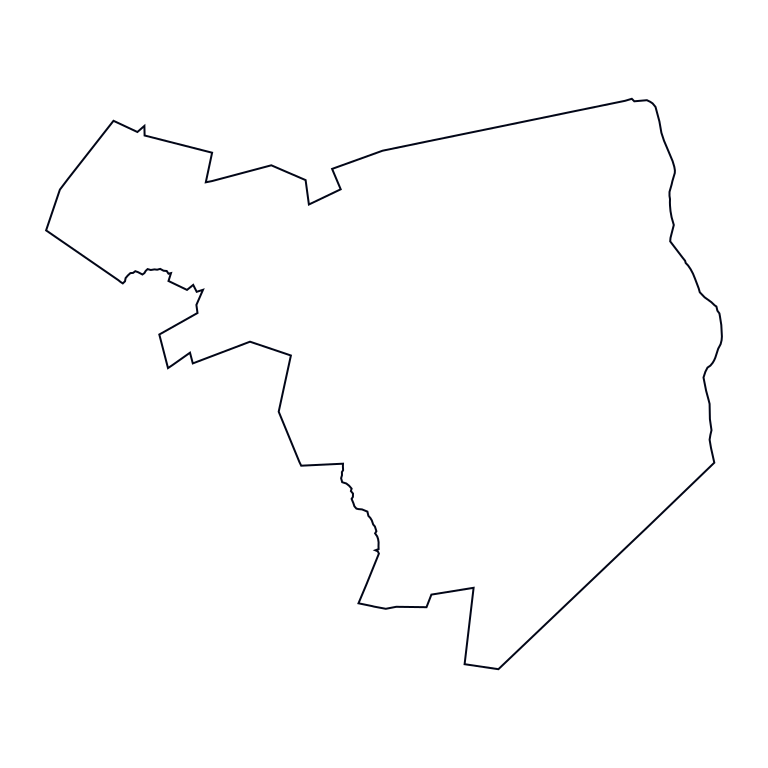 Pimenteiras, Piauí, Brazil
{"feature_id": "56859067B57071973654521", "entity_name": "Pimenteiras", "entity_type": "district", "adm_level": 2, "iso_a3": "BRA", "parent_name": "Brazil", "parent_adm1": "Piauí", "projection": "robinson", "projection_center": [-41.189, -6.401], "detail": "fine", "context": "isolated", "style": "outline", "palette": "ink", "viewbox_px": 768, "rotation_deg": 0, "n_neighbors": 0, "source": "geoboundaries", "source_scale": "gbopen_adm2", "svg_char_len": 2271}
<svg xmlns="http://www.w3.org/2000/svg" viewBox="0 0 768 768"><path d="M118.4,280.2L120.6,282.0L122.8,283.4L125.0,281.3L125.6,278.1L127.8,275.5L130.4,273.1L133.1,272.9L135.3,271.2L137.9,272.1L139.8,273.1L142.4,274.5L144.4,273.1L145.7,270.9L147.6,269.1L150.8,270.0L154.4,269.4L157.2,269.7L160.2,268.9L163.5,270.7L166.7,271.0L168.5,273.7L171.0,273.1L168.5,281.0L187.0,289.9L193.2,284.9L196.7,291.8L203.0,289.8L196.4,304.9L197.5,313.0L159.3,334.5L168.0,368.1L172.6,365.0L190.0,352.7L192.8,363.4L250.0,341.7L287.7,354.4L290.9,355.5L283.7,388.6L281.0,401.1L278.7,411.7L299.4,462.0L301.2,465.7L343.0,463.7L342.9,466.3L343.1,470.2L341.9,472.1L342.0,475.2L341.1,478.2L342.2,482.2L346.3,483.5L349.1,485.7L351.6,488.6L350.9,491.1L353.0,493.6L352.9,496.9L351.6,498.9L353.4,503.2L354.4,506.3L356.4,508.6L358.5,509.1L362.0,509.4L367.4,511.6L368.4,515.9L370.3,517.9L371.8,520.4L373.2,524.5L374.9,526.5L376.4,531.2L375.1,533.4L377.2,536.4L378.1,539.1L378.6,542.3L378.5,546.2L378.6,549.1L375.4,550.3L377.8,551.3L378.9,553.6L366.4,584.5L358.5,603.3L372.1,606.1L374.0,606.6L385.8,608.8L396.2,606.8L426.5,607.2L431.4,594.6L473.6,587.8L464.6,664.2L498.4,669.2L568.9,602.0L634.6,539.4L646.8,527.8L714.3,462.7L711.0,447.9L709.6,439.7L710.4,434.9L711.5,430.2L711.0,426.8L709.9,419.1L709.6,403.9L708.7,400.3L706.1,390.7L703.5,377.5L705.4,371.7L707.5,367.6L710.4,365.6L712.7,362.8L714.1,360.4L715.3,357.7L718.2,348.7L720.6,344.2L721.6,340.2L721.9,336.6L721.3,325.0L719.9,316.1L719.4,313.4L717.4,310.7L716.4,306.5L714.6,305.3L711.4,302.2L704.6,297.3L699.8,292.3L698.7,288.4L695.1,278.9L693.0,273.7L690.6,269.2L688.1,265.5L685.7,263.0L685.1,260.8L682.7,257.8L670.2,241.4L670.5,237.9L673.8,225.0L671.6,217.3L670.5,211.1L670.0,205.5L669.9,202.5L670.0,199.1L669.5,195.9L669.5,191.9L671.6,184.6L672.4,181.1L674.8,173.0L674.9,170.4L674.3,166.8L672.6,161.1L666.5,146.6L664.0,140.7L661.4,132.8L659.4,121.4L655.5,106.9L652.6,103.4L650.2,101.8L646.9,100.2L634.3,101.3L631.8,98.8L625.1,100.8L573.0,111.5L569.1,112.3L498.8,126.8L429.0,141.1L382.6,150.7L332.1,168.9L340.7,189.3L308.9,204.5L305.6,180.1L288.4,172.7L271.3,165.3L211.9,181.1L205.8,182.3L212.1,152.7L144.6,135.5L144.4,125.9L137.4,132.0L113.5,120.8L68.4,178.4L59.9,189.6L46.1,230.4L118.4,280.2Z" fill="none" stroke="#020617" stroke-width="2"/></svg>